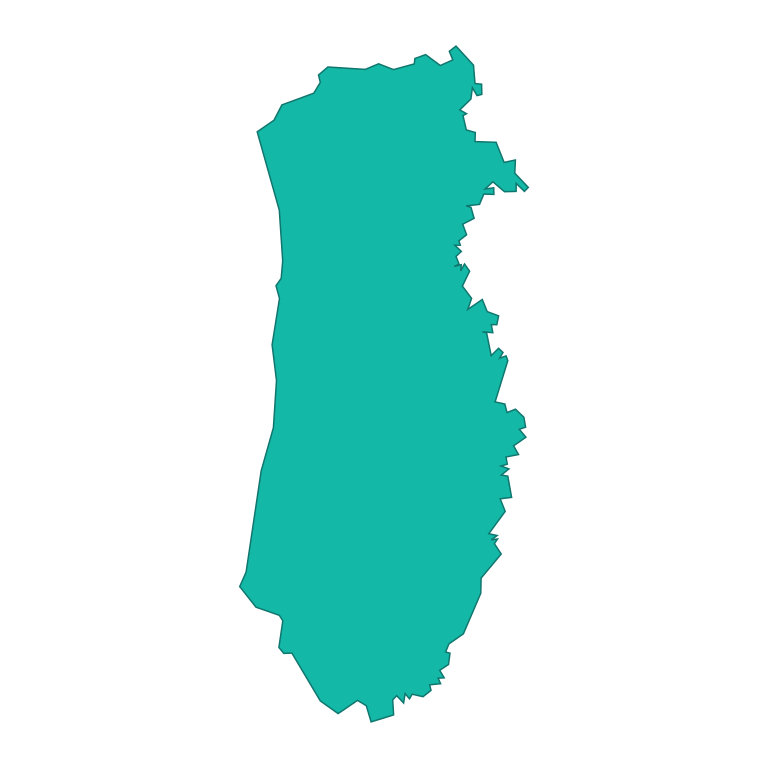 Phu Kamyao, Phayao, Thailand (Robinson projection)
{"feature_id": "78962969B43873675128191", "entity_name": "Phu Kamyao", "entity_type": "district", "adm_level": 2, "iso_a3": "THA", "parent_name": "Thailand", "parent_adm1": "Phayao", "projection": "robinson", "projection_center": [99.99, 19.32], "detail": "medium", "context": "isolated", "style": "filled", "palette": "teal", "viewbox_px": 768, "rotation_deg": 0, "n_neighbors": 0, "source": "geoboundaries", "source_scale": "gbopen_adm2", "svg_char_len": 1874}
<svg xmlns="http://www.w3.org/2000/svg" viewBox="0 0 768 768"><path d="M473.5,65.2L456.0,46.1L449.3,51.3L452.8,59.9L440.3,65.5L425.6,54.6L414.9,58.5L414.3,63.9L393.5,69.6L378.6,63.8L365.3,69.4L327.9,67.0L318.5,75.0L320.3,82.4L313.8,93.2L281.9,104.9L274.0,120.2L257.2,131.8L279.3,210.2L282.7,260.8L281.2,278.3L276.0,285.7L279.5,298.5L272.1,344.8L276.5,380.5L273.4,427.7L261.2,470.8L246.1,572.1L239.7,586.6L256.0,607.2L279.3,615.3L282.8,620.8L278.9,647.5L283.8,653.4L291.9,653.1L320.3,700.9L338.1,713.6L357.5,700.4L366.3,705.7L371.1,721.9L393.6,714.9L392.7,699.9L396.7,695.7L403.6,703.0L405.1,693.6L409.5,698.8L412.2,694.2L423.0,696.7L431.0,690.4L429.7,684.8L440.6,683.7L438.1,678.2L444.2,677.8L439.7,670.3L448.5,664.5L450.0,653.2L445.6,652.0L448.9,643.9L463.4,633.8L480.8,593.2L481.1,578.1L501.2,554.0L494.4,543.7L497.5,539.0L491.3,539.9L497.1,535.5L488.8,533.7L505.2,511.4L500.2,498.8L511.6,497.4L507.8,476.1L501.3,475.1L508.9,468.9L501.0,466.0L507.3,464.2L506.0,457.0L518.5,454.5L513.6,445.8L525.9,437.2L519.3,429.3L525.6,427.2L523.9,417.3L515.5,409.2L507.0,412.5L504.8,404.0L495.1,401.9L507.8,360.7L506.1,355.9L499.6,358.2L503.0,352.5L498.6,348.3L491.2,355.6L486.6,332.8L482.4,331.8L492.8,332.7L491.3,324.6L496.8,324.7L498.6,315.9L487.2,311.6L482.3,299.5L467.8,309.4L471.6,298.4L462.4,286.1L469.6,271.2L464.5,264.0L460.6,270.9L461.3,264.7L454.2,266.4L459.1,264.2L456.0,256.4L461.3,251.4L454.8,245.2L460.3,245.2L458.9,240.8L466.6,234.8L462.7,224.2L474.1,218.3L471.0,207.4L466.1,205.9L479.5,204.4L483.8,194.1L493.9,194.4L493.7,187.8L485.1,189.0L492.9,181.8L504.5,191.7L516.1,191.4L516.2,183.4L524.4,191.4L528.3,187.4L514.8,173.2L515.4,160.0L504.1,162.4L496.1,142.3L475.0,141.6L475.3,132.5L466.3,129.9L463.0,115.6L466.5,113.7L459.8,109.9L470.9,99.0L472.4,87.7L477.0,95.6L481.8,94.4L481.6,84.2L475.0,83.5L473.5,65.2Z" fill="#14b8a6" stroke="#0f766e" stroke-width="1.5"/></svg>